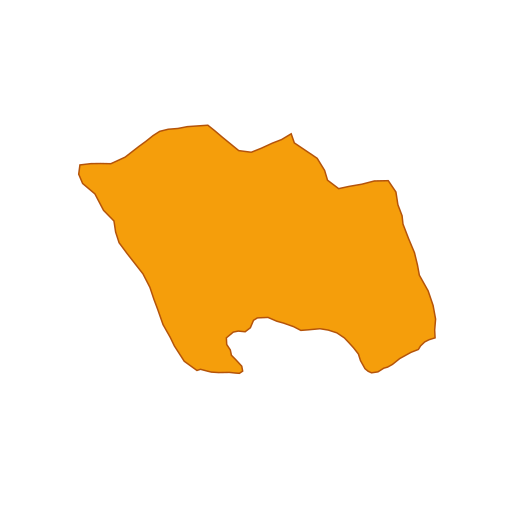 the district of Galinoporni, Cyprus, rotated 108°
{"feature_id": "46923920B55142884438741", "entity_name": "Galinoporni", "entity_type": "district", "adm_level": 2, "iso_a3": "CYP", "parent_name": "Cyprus", "parent_adm1": "", "projection": "equal_earth", "projection_center": [34.316, 35.528], "detail": "fine", "context": "isolated", "style": "filled", "palette": "amber", "viewbox_px": 512, "rotation_deg": 108, "n_neighbors": 0, "source": "geoboundaries", "source_scale": "gbopen_adm2", "svg_char_len": 1487}
<svg xmlns="http://www.w3.org/2000/svg" viewBox="0 0 512 512"><g transform="rotate(108 256 256)"><path d="M128.9,260.3L137.4,267.7L143.5,275.2L151.9,284.3L158.8,292.6L161.1,305.0L153.4,324.8L149.6,334.0L146.5,342.2L154.2,361.3L158.8,369.6L162.6,378.7L167.2,386.1L173.3,391.1L180.9,396.1L187.8,401.1L202.4,411.0L213.1,422.6L216.1,432.5L219.2,441.6L223.8,451.6L233.0,449.9L240.6,443.3L246.7,428.4L259.7,415.1L266.6,401.9L276.6,396.9L285.7,390.3L293.4,379.5L307.9,358.0L318.6,347.2L328.6,339.8L337.0,333.1L350.0,323.2L359.9,312.4L366.8,305.8L372.9,298.3L378.3,291.7L383.1,276.8L380.9,273.8L380.5,266.3L380.2,262.6L378.4,255.5L377.1,251.7L374.9,245.3L373.7,239.5L372.7,235.5L369.6,233.1L365.2,235.5L360.8,243.3L358.0,248.7L353.3,251.4L349.2,256.5L343.0,258.9L335.4,254.1L332.9,249.7L331.4,242.9L326.0,239.2L317.9,238.5L314.4,235.5L310.7,225.6L311.6,216.1L311.3,209.0L311.6,198.2L312.9,190.4L310.1,183.6L305.4,172.7L304.1,164.3L304.1,155.4L306.6,146.6L309.7,140.9L313.2,134.8L317.6,128.3L323.2,124.3L329.5,117.5L331.0,113.7L331.4,110.0L328.5,104.2L323.2,99.8L321.0,96.5L316.9,92.7L309.1,87.6L299.7,78.8L294.7,72.7L290.6,71.7L285.6,69.0L282.2,65.6L278.5,60.4L271.2,63.2L260.5,65.7L248.3,72.3L236.0,81.5L223.8,94.7L214.6,99.7L203.9,106.3L192.4,116.2L180.2,126.1L172.6,129.5L163.4,136.9L151.9,142.7L143.5,153.5L148.1,166.7L155.0,177.5L161.1,189.1L166.4,198.2L161.8,211.4L153.4,217.2L144.2,228.0L140.4,241.2L136.6,254.5L128.9,260.3Z" fill="#f59e0b" stroke="#b45309" stroke-width="1.5"/></g></svg>